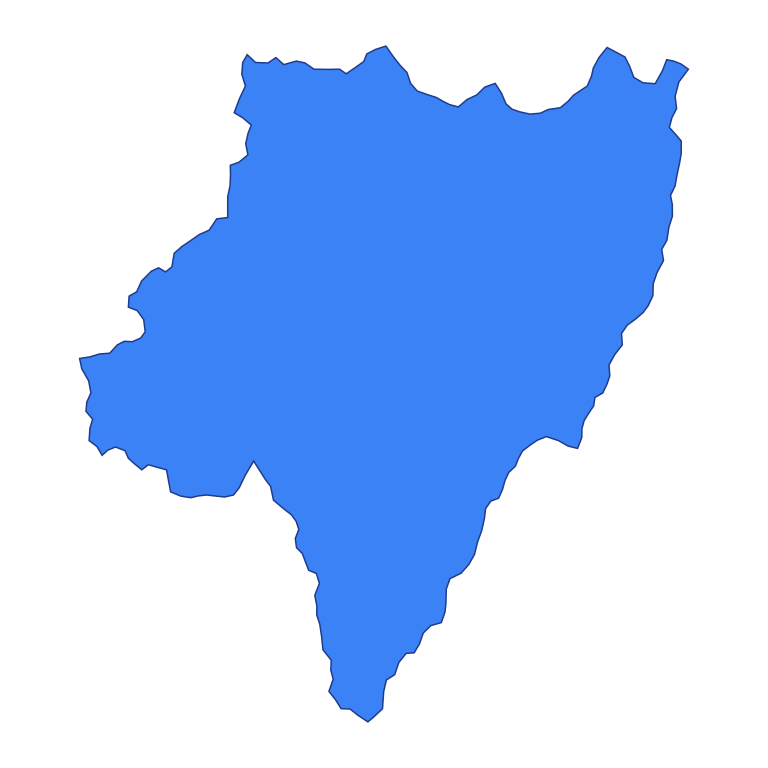 the district of Ervália, Minas Gerais, Brazil
{"feature_id": "56859067B63219191436637", "entity_name": "Ervália", "entity_type": "district", "adm_level": 2, "iso_a3": "BRA", "parent_name": "Brazil", "parent_adm1": "Minas Gerais", "projection": "natural_earth1", "projection_center": [-42.604, -20.87], "detail": "fine", "context": "isolated", "style": "filled", "palette": "blue", "viewbox_px": 768, "rotation_deg": 0, "n_neighbors": 0, "source": "geoboundaries", "source_scale": "gbopen_adm2", "svg_char_len": 2899}
<svg xmlns="http://www.w3.org/2000/svg" viewBox="0 0 768 768"><path d="M275.9,57.6L267.9,63.0L255.6,62.5L247.2,54.7L242.7,62.5L241.8,74.2L245.4,86.0L239.3,99.1L234.2,112.7L242.7,117.8L251.3,125.1L248.1,133.2L245.7,143.6L247.9,154.9L238.8,162.3L230.3,165.3L230.5,174.0L230.1,185.5L227.7,196.8L227.7,209.0L227.7,217.5L216.7,218.9L209.1,230.2L199.5,234.4L190.3,240.8L181.8,246.6L174.2,253.3L171.9,266.9L165.5,271.9L158.6,267.8L151.3,271.2L141.5,281.1L136.7,291.8L129.1,296.1L128.4,307.2L137.2,310.6L143.7,319.6L145.2,331.8L140.6,338.1L132.3,341.7L124.2,341.3L117.3,344.9L109.7,353.2L99.4,354.0L89.9,356.9L79.6,358.5L81.8,368.9L88.7,380.9L90.9,392.9L86.8,402.1L86.0,411.3L92.6,419.2L89.9,428.4L89.1,440.6L97.0,446.6L102.1,455.3L107.7,450.2L115.5,447.0L125.0,450.7L128.4,458.3L134.5,463.8L141.8,469.8L148.4,464.7L157.9,467.5L166.5,469.8L168.5,480.6L170.6,491.9L180.8,496.1L190.8,497.7L198.4,495.9L206.7,495.0L216.2,496.1L224.7,497.0L233.5,495.0L239.2,487.8L245.3,475.1L253.7,461.1L259.8,470.7L265.7,480.0L270.6,486.4L273.5,500.2L283.5,508.6L291.6,515.0L296.2,521.4L298.8,529.5L295.3,538.5L296.5,547.7L302.3,553.5L305.4,561.7L308.7,570.3L316.4,573.5L319.4,583.4L314.8,595.4L316.9,606.2L316.7,614.7L319.8,624.4L321.6,636.6L323.0,649.8L331.3,660.3L330.8,670.1L333.2,679.2L328.9,691.4L335.5,699.7L341.1,708.7L350.0,709.0L357.6,715.0L367.9,721.9L373.6,717.1L382.5,708.7L383.7,691.5L386.4,680.0L394.7,674.6L398.9,662.4L406.1,653.4L414.2,652.8L419.5,643.8L423.3,633.0L430.8,625.6L441.3,622.6L445.0,612.0L445.9,603.5L446.3,589.0L450.0,578.6L461.2,573.1L468.8,564.5L474.5,554.4L477.6,541.9L481.7,530.6L484.4,518.5L485.6,508.6L490.8,501.1L498.6,498.2L502.4,489.7L505.1,480.2L508.8,472.4L515.4,466.1L518.5,458.3L522.5,451.0L530.0,445.2L537.1,440.3L546.3,436.6L558.5,440.6L568.1,446.1L577.6,448.4L581.8,437.4L581.9,428.8L584.1,420.7L588.3,413.9L593.7,405.8L594.9,397.5L602.8,392.9L607.1,383.9L609.8,375.8L609.0,365.0L614.7,354.6L622.3,344.9L621.5,333.5L627.3,325.1L635.4,319.2L643.3,312.3L648.3,305.5L652.9,295.6L653.2,283.7L657.1,272.4L663.5,260.6L661.7,249.3L666.9,240.3L668.9,227.2L672.4,216.2L672.3,204.4L670.5,195.4L675.0,186.2L677.1,174.4L679.6,163.0L681.2,153.5L681.2,141.0L676.2,135.1L669.3,127.4L672.0,117.5L676.6,108.6L675.1,96.4L678.9,81.9L688.4,69.2L680.8,63.9L673.7,61.1L666.7,59.7L662.5,70.6L655.2,83.7L643.0,82.8L633.8,77.4L629.6,66.2L625.0,57.0L615.9,52.1L607.1,47.5L599.1,57.4L593.4,67.8L591.5,76.1L587.3,86.0L579.6,91.1L573.5,95.2L568.4,101.0L560.4,107.7L548.3,109.5L540.3,113.2L530.0,114.1L519.6,111.8L512.0,109.2L505.9,103.7L501.6,93.4L495.2,83.4L484.8,87.1L476.7,95.0L466.9,99.6L458.4,106.9L449.8,104.7L443.2,101.4L436.4,97.5L427.6,94.7L417.2,91.0L410.6,83.4L406.9,72.4L400.0,65.2L393.2,56.5L385.9,46.1L375.6,49.4L366.8,53.9L363.7,61.6L354.6,68.0L346.2,73.8L339.6,69.2L327.8,69.4L314.0,69.2L304.9,62.9L296.4,61.1L283.8,64.6L275.9,57.6Z" fill="#3b82f6" stroke="#1e3a8a" stroke-width="1.5"/></svg>